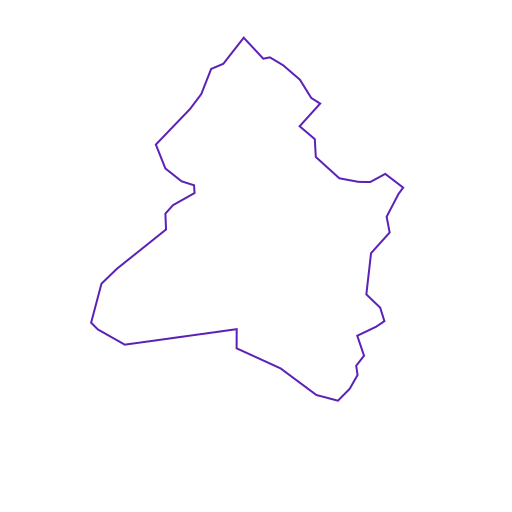 outline of Elbasan, Elbasan, Albania, rotated 132°
{"feature_id": "67620474B34590160208903", "entity_name": "Elbasan", "entity_type": "district", "adm_level": 2, "iso_a3": "ALB", "parent_name": "Albania", "parent_adm1": "Elbasan", "projection": "albers", "projection_center": [20.009, 41.064], "detail": "fine", "context": "isolated", "style": "outline", "palette": "violet", "viewbox_px": 512, "rotation_deg": 132, "n_neighbors": 0, "source": "geoboundaries", "source_scale": "gbopen_adm2", "svg_char_len": 772}
<svg xmlns="http://www.w3.org/2000/svg" viewBox="0 0 512 512"><g transform="rotate(132 256 256)"><path d="M108.5,214.9L124.6,220.6L132.3,229.4L142.5,246.1L142.4,277.8L129.8,290.5L130.4,310.4L99.8,310.3L101.6,320.7L95.6,341.3L96.1,363.5L99.1,378.6L104.5,382.6L102.0,411.2L135.0,408.9L147.0,414.5L172.3,405.0L190.9,403.4L240.2,405.0L251.6,381.9L250.3,361.3L244.9,349.4L250.3,343.8L273.7,351.7L285.1,351.7L296.5,340.6L358.3,350.8L380.0,352.3L415.9,333.9L416.4,324.4L409.7,294.2L323.3,221.4L337.6,208.6L323.1,162.6L318.9,118.1L308.7,98.3L292.0,97.5L276.5,100.9L270.5,108.1L257.8,109.0L247.5,127.4L228.2,119.4L218.5,117.0L211.3,129.1L210.7,148.3L176.9,172.4L149.1,172.4L139.4,185.2L114.6,191.6L106.7,192.4L108.5,214.9Z" fill="none" stroke="#5b21b6" stroke-width="2"/></g></svg>